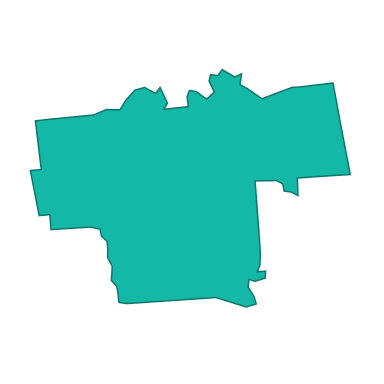 outline of Coronel Pilar, Rio Grande do Sul, Brazil, rotated 175°
{"feature_id": "56859067B30829214865889", "entity_name": "Coronel Pilar", "entity_type": "district", "adm_level": 2, "iso_a3": "BRA", "parent_name": "Brazil", "parent_adm1": "Rio Grande do Sul", "projection": "mercator", "projection_center": [-51.722, -29.258], "detail": "fine", "context": "isolated", "style": "filled", "palette": "teal", "viewbox_px": 384, "rotation_deg": 175, "n_neighbors": 0, "source": "geoboundaries", "source_scale": "gbopen_adm2", "svg_char_len": 1039}
<svg xmlns="http://www.w3.org/2000/svg" viewBox="0 0 384 384"><g transform="rotate(175 192 192)"><path d="M341.8,276.5L340.2,227.5L351.2,227.5L346.3,181.8L335.7,181.8L335.7,166.8L315.0,166.4L296.2,165.9L286.9,163.0L286.0,155.8L280.9,150.3L280.9,143.3L281.8,134.2L278.0,125.0L278.9,118.0L280.1,110.8L275.4,105.2L274.5,97.9L274.5,88.4L266.5,86.5L177.4,84.8L148.0,72.7L137.8,74.9L139.1,81.8L144.3,92.4L142.9,100.1L137.2,97.5L126.6,99.8L125.6,106.8L134.0,106.8L130.7,113.3L129.2,125.3L128.9,140.7L128.2,197.5L106.6,196.0L100.9,192.0L100.1,184.9L92.8,183.2L86.8,179.2L85.8,196.7L59.3,196.3L32.8,195.6L38.3,249.1L42.0,288.3L76.6,287.2L83.0,287.5L98.6,283.2L114.2,278.8L128.2,290.4L134.7,294.7L132.4,305.4L139.4,302.9L151.3,311.3L156.0,305.7L163.3,307.3L165.3,301.0L161.1,289.6L169.4,283.2L179.0,291.6L185.7,293.4L188.6,287.5L188.2,277.3L212.8,276.9L208.7,282.7L214.7,298.9L219.8,293.4L230.1,300.3L240.1,298.4L250.2,288.9L256.6,280.2L270.1,281.6L283.4,277.3L326.5,276.9L341.8,276.5Z" fill="#14b8a6" stroke="#0f766e" stroke-width="1.5"/></g></svg>